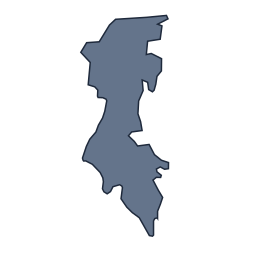 the district of Chartak, Namangan, Uzbekistan, rotated 176°
{"feature_id": "79887680B43665894395177", "entity_name": "Chartak", "entity_type": "district", "adm_level": 2, "iso_a3": "UZB", "parent_name": "Uzbekistan", "parent_adm1": "Namangan", "projection": "albers", "projection_center": [71.805, 41.256], "detail": "fine", "context": "isolated", "style": "filled", "palette": "slate", "viewbox_px": 256, "rotation_deg": 176, "n_neighbors": 0, "source": "geoboundaries", "source_scale": "gbopen_adm2", "svg_char_len": 1213}
<svg xmlns="http://www.w3.org/2000/svg" viewBox="0 0 256 256"><g transform="rotate(176 128 128)"><path d="M81.8,237.6L101.6,237.1L132.8,237.3L139.3,232.0L150.7,216.0L163.3,216.0L169.8,206.8L161.1,196.0L164.7,173.9L158.3,171.4L155.5,167.9L156.2,161.9L155.7,160.5L151.0,160.0L147.9,158.3L147.3,156.6L150.0,146.3L152.7,139.7L157.3,132.9L160.3,126.2L166.9,119.5L170.8,112.6L175.5,101.2L175.1,99.1L174.6,98.2L172.4,98.1L166.1,94.3L158.9,85.6L156.6,80.1L156.3,76.1L157.7,69.2L156.5,66.1L153.4,63.8L149.9,65.8L147.1,70.5L140.3,72.0L138.2,70.5L137.7,68.9L139.9,57.9L134.7,49.1L129.6,43.3L123.0,37.7L114.2,19.2L111.1,18.4L110.0,19.4L109.0,33.6L107.6,35.8L105.0,36.3L104.8,35.9L104.3,42.9L101.0,49.8L98.3,56.3L102.1,63.8L106.7,74.3L103.2,76.8L98.9,76.4L98.1,78.5L102.2,82.3L102.5,85.1L98.5,86.9L94.4,84.3L90.5,84.6L90.0,90.7L96.9,93.5L103.5,99.6L108.1,110.1L119.7,109.4L122.6,114.1L128.1,120.2L124.6,123.8L114.1,124.5L115.0,133.5L117.1,141.5L115.5,154.2L110.3,164.3L110.5,174.9L105.2,172.2L104.7,164.9L101.1,162.4L99.3,163.9L97.2,169.8L95.5,177.5L90.7,182.6L89.7,194.8L99.6,200.7L104.6,200.0L102.4,213.2L89.7,214.3L87.0,227.5L91.2,229.5L80.5,234.1L81.8,237.6Z" fill="#64748b" stroke="#1e293b" stroke-width="1.5"/></g></svg>